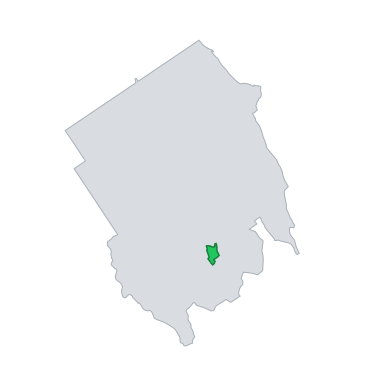 As Sunut, South Kordufan, Sudan shown in context, rotated 326°
{"feature_id": "16777658B48194454682254", "entity_name": "As Sunut", "entity_type": "district", "adm_level": 2, "iso_a3": "SDN", "parent_name": "Sudan", "parent_adm1": "South Kordufan", "projection": "equal_earth", "projection_center": [29.06, 12.034], "detail": "fine", "context": "in_parent", "style": "filled", "palette": "green", "viewbox_px": 384, "rotation_deg": 326, "n_neighbors": 0, "source": "geoboundaries", "source_scale": "gbopen_adm2", "svg_char_len": 5309}
<svg xmlns="http://www.w3.org/2000/svg" viewBox="0 0 384 384"><g transform="rotate(326 192 192)"><path d="M246.8,302.7L244.2,302.7L243.9,301.8L244.0,299.6L244.2,297.8L245.2,295.1L244.9,293.6L245.1,291.5L244.4,289.1L238.1,282.2L236.8,280.3L233.5,278.5L234.0,276.6L232.6,262.4L233.3,260.8L233.4,258.3L233.4,256.1L234.2,252.5L234.3,250.9L227.6,250.8L227.6,252.4L227.9,254.1L227.9,254.8L218.6,254.9L222.3,260.4L222.5,262.9L222.3,265.9L222.4,267.9L222.6,269.1L223.6,271.6L223.5,272.1L223.3,272.7L216.8,280.1L215.7,283.5L214.8,285.3L212.9,288.4L206.9,296.3L206.0,296.8L201.4,297.1L200.9,297.3L200.6,297.7L200.4,297.6L196.4,292.9L189.9,287.3L185.5,290.2L184.3,291.3L184.3,294.0L183.6,295.4L182.5,296.9L179.2,297.8L177.6,298.7L175.6,300.2L173.6,302.7L173.5,304.0L173.7,305.2L162.6,305.2L161.8,304.2L160.2,300.0L159.1,300.3L148.9,299.8L147.5,300.2L144.6,302.0L143.1,302.2L141.6,301.5L136.3,293.2L135.2,292.2L134.0,290.2L132.8,289.4L132.5,288.7L132.3,287.8L132.4,286.0L132.0,284.9L131.2,284.6L124.0,286.6L123.0,286.3L121.5,286.7L121.0,287.0L120.3,288.1L120.2,290.4L120.0,291.5L119.5,292.7L117.4,295.6L117.0,296.8L117.1,299.9L116.9,301.4L116.6,302.2L115.7,303.3L115.4,304.0L115.0,308.0L113.9,310.4L113.6,311.2L113.5,313.0L113.4,313.5L110.1,314.9L108.9,315.7L108.2,317.1L108.0,317.6L106.6,317.2L104.8,316.8L101.4,316.4L100.1,315.8L99.4,314.8L99.7,312.4L99.3,311.9L98.8,311.5L98.4,310.4L98.5,309.2L100.3,306.4L100.7,304.9L101.2,298.0L101.1,295.9L99.7,292.0L96.5,285.2L95.7,283.9L91.7,278.4L91.2,277.6L90.2,275.3L91.4,270.2L91.4,268.7L91.2,267.3L90.2,266.2L89.2,266.1L88.0,264.7L87.3,264.1L86.6,262.9L86.1,261.2L86.5,255.2L86.3,254.4L85.2,254.2L85.0,253.7L85.1,252.6L84.5,249.2L83.9,246.3L84.3,244.8L83.4,242.6L81.8,241.7L78.5,242.4L77.5,242.3L76.9,241.9L76.4,241.1L76.1,240.2L76.4,238.8L77.3,236.3L78.5,234.2L80.8,232.3L81.5,231.3L81.8,230.1L81.9,228.8L81.8,227.5L81.5,226.2L80.8,224.6L80.2,222.6L80.2,221.4L80.5,220.4L81.2,219.3L83.5,217.1L85.9,215.2L86.3,214.6L86.2,213.8L85.1,212.3L84.8,209.4L84.2,207.4L85.4,205.8L86.3,205.3L87.7,204.8L88.2,204.2L88.4,202.9L88.4,201.7L88.9,200.9L89.6,199.0L90.1,198.2L91.9,196.0L92.3,194.6L92.5,193.2L92.0,189.1L93.1,187.3L94.4,185.9L96.3,186.0L99.3,185.7L101.3,185.1L102.8,185.1L106.0,185.9L106.4,185.6L106.6,184.5L107.3,106.7L120.8,106.7L121.0,106.5L121.3,70.1L205.9,70.1L206.6,70.0L207.9,66.6L208.4,66.4L209.3,66.5L209.6,67.3L208.9,70.1L282.7,70.1L283.0,74.2L283.6,77.6L285.8,82.3L287.6,84.9L288.3,86.3L288.4,86.9L288.3,87.6L287.8,86.9L286.8,86.4L286.7,88.6L287.3,93.2L288.1,96.4L287.6,99.3L287.7,104.4L288.8,110.4L288.7,114.3L290.4,123.3L292.0,128.3L292.8,129.5L293.8,130.2L295.6,130.6L298.2,133.1L300.4,135.8L301.1,137.2L302.2,138.8L302.9,138.5L303.3,138.1L304.0,139.3L307.4,142.0L307.9,143.3L306.7,144.5L305.4,146.6L304.7,148.6L304.4,149.2L303.3,150.5L303.1,151.0L302.6,151.4L302.1,151.5L301.0,152.1L300.0,151.9L299.0,152.3L298.6,152.8L297.8,153.2L296.7,153.4L295.0,155.1L293.5,155.9L293.0,156.5L292.2,159.9L291.7,160.7L289.5,160.8L288.4,161.1L286.9,160.7L286.1,160.8L286.0,161.5L285.7,164.3L285.8,165.6L284.6,168.8L285.0,174.9L283.9,179.5L283.7,180.5L282.6,184.1L281.9,185.5L280.5,192.2L279.9,194.3L278.6,196.5L280.1,212.8L279.1,217.8L279.2,220.6L278.4,224.6L277.8,226.5L276.8,228.7L276.0,231.2L275.3,234.5L274.9,240.8L274.7,241.4L270.7,242.2L269.4,242.6L268.6,243.3L267.6,244.9L265.6,249.4L264.5,252.1L262.9,255.8L261.0,258.4L260.6,259.7L260.3,262.1L259.6,265.9L258.9,268.6L259.1,270.7L258.5,274.5L258.6,276.3L257.9,277.3L257.0,278.3L256.4,278.5L253.6,276.0L251.6,277.7L250.4,280.2L249.5,282.6L250.0,287.8L250.0,289.0L249.7,290.2L247.9,295.3L247.4,297.6L246.8,301.7L246.8,302.7Z" fill="#d9dde1" stroke="#a8b0b8" stroke-width="1"/><path d="M173.5,245.0L173.4,246.0L173.3,246.5L173.3,246.9L173.3,247.0L172.9,247.6L172.7,248.0L172.3,248.1L171.9,248.2L171.8,248.3L171.6,249.0L171.5,249.3L171.3,249.8L171.2,250.0L171.0,250.9L170.9,251.3L170.8,251.8L170.7,252.2L170.5,253.0L170.3,253.7L170.1,254.4L170.0,254.9L169.8,255.6L169.7,255.8L169.4,255.9L168.8,256.0L168.4,256.1L168.2,256.1L168.0,256.3L167.8,256.8L167.9,257.3L167.9,257.8L168.0,258.7L168.2,259.6L168.2,260.2L168.1,260.6L168.0,261.6L168.2,262.5L168.4,264.0L169.2,264.0L170.1,263.8L171.4,263.1L172.4,262.3L172.1,261.2L172.1,260.3L172.3,260.0L172.9,260.2L173.5,260.1L174.4,260.3L175.4,260.2L176.3,260.2L177.0,260.2L177.7,260.1L178.3,259.9L179.0,259.8L179.0,259.7L179.0,259.3L179.0,259.2L179.2,258.8L179.2,258.7L179.3,258.5L179.3,258.3L179.4,257.8L179.5,256.7L179.5,256.2L179.6,255.8L179.6,255.5L179.8,255.0L179.9,254.8L180.2,254.1L180.4,253.7L180.5,253.6L180.6,253.3L180.7,253.0L180.7,252.8L180.8,252.6L181.1,252.5L181.2,252.4L181.7,252.0L181.9,251.5L182.0,251.1L182.0,250.8L182.0,250.7L181.9,250.5L182.0,250.3L182.5,250.2L182.7,249.8L182.7,249.6L182.8,249.3L182.9,248.9L183.0,248.6L183.1,248.4L182.8,248.4L182.7,248.1L182.6,247.9L182.2,247.7L181.9,247.9L181.6,248.4L181.4,248.7L181.2,248.9L180.8,249.0L180.7,249.1L180.5,249.3L180.5,249.5L180.4,249.7L180.0,249.7L179.8,249.8L179.6,249.9L179.4,250.0L179.0,249.7L178.7,249.3L178.3,249.2L178.0,249.0L177.9,248.7L177.5,248.1L177.3,247.7L177.2,247.3L177.0,247.0L176.9,246.9L176.7,246.8L176.5,247.0L176.4,246.9L176.2,246.5L176.1,246.2L175.9,246.0L175.1,245.5L174.5,245.1L174.1,244.8L173.8,244.8L173.7,244.8L173.5,245.0Z" fill="#22c55e" stroke="#15803d" stroke-width="1.5"/></g></svg>